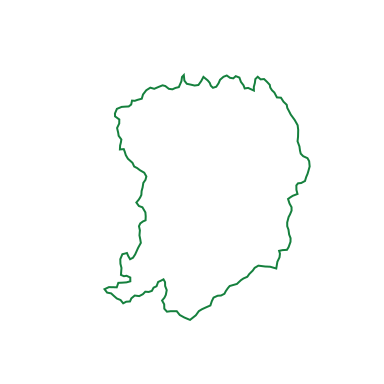 São José do Rio Pardo, São Paulo, Brazil (Mercator projection), rotated 324°
{"feature_id": "56859067B94240559052727", "entity_name": "São José do Rio Pardo", "entity_type": "district", "adm_level": 2, "iso_a3": "BRA", "parent_name": "Brazil", "parent_adm1": "São Paulo", "projection": "mercator", "projection_center": [-46.893, -21.597], "detail": "fine", "context": "isolated", "style": "outline", "palette": "green", "viewbox_px": 384, "rotation_deg": 324, "n_neighbors": 0, "source": "geoboundaries", "source_scale": "gbopen_adm2", "svg_char_len": 2914}
<svg xmlns="http://www.w3.org/2000/svg" viewBox="0 0 384 384"><g transform="rotate(324 192 192)"><path d="M316.7,143.0L313.7,141.2L312.9,137.4L309.6,137.9L307.0,140.7L303.8,143.3L301.7,146.3L300.1,143.5L298.6,140.8L295.5,139.2L296.4,135.9L296.3,131.7L297.6,127.3L295.5,124.0L292.2,124.3L289.9,122.0L288.6,118.2L285.2,117.3L280.7,117.7L277.3,119.7L273.5,121.1L270.2,120.0L269.7,117.1L270.5,114.1L270.3,111.0L268.9,105.6L264.6,107.7L260.1,109.2L256.7,107.4L254.1,104.4L251.4,101.4L251.3,97.4L254.1,92.6L251.5,93.1L248.5,96.2L243.0,99.4L239.8,98.1L236.5,97.4L233.9,94.9L232.7,90.6L230.9,88.4L226.9,87.4L222.1,86.3L219.6,83.1L214.8,82.8L209.7,84.3L206.2,87.0L202.0,85.4L199.3,84.6L197.2,82.8L194.2,85.5L191.1,85.6L187.7,83.4L185.1,81.8L180.1,80.6L175.8,83.2L174.2,85.6L175.8,90.6L173.4,93.8L169.0,96.2L167.1,100.7L165.7,103.4L165.7,108.0L163.5,110.2L161.2,112.1L158.7,115.2L162.0,117.2L161.2,120.1L160.1,123.3L159.7,127.4L161.0,133.4L160.2,137.4L161.7,140.4L162.7,143.8L164.7,148.3L164.2,152.6L161.5,154.8L158.0,156.0L154.7,159.3L151.8,161.6L149.3,164.6L146.9,165.9L144.4,166.9L140.8,167.8L140.8,172.1L142.9,175.2L142.3,181.1L140.3,184.4L137.8,187.6L135.1,187.0L131.7,187.0L129.0,188.5L127.3,192.4L124.0,196.2L122.3,199.9L120.7,203.1L115.6,205.5L109.3,209.1L105.6,210.5L102.4,210.0L102.8,206.2L103.5,203.1L99.1,201.4L94.5,204.2L91.9,208.0L90.3,212.0L88.0,214.7L85.8,217.3L87.4,220.1L89.8,221.3L91.8,224.9L89.6,228.0L85.9,226.6L82.2,224.3L79.0,222.2L75.1,224.9L71.9,222.4L68.8,220.1L64.1,219.2L64.2,223.5L67.0,226.5L67.7,230.0L68.6,234.0L70.7,237.4L70.9,241.6L74.3,242.1L77.5,244.1L80.4,242.4L84.8,242.1L88.1,245.2L92.2,245.8L95.6,245.2L98.2,247.4L101.4,248.4L104.7,246.8L107.9,247.4L111.7,244.9L114.9,245.5L117.6,245.9L117.2,249.1L115.0,252.3L113.9,256.5L110.4,259.8L107.6,261.3L104.0,262.2L103.5,266.5L101.0,270.1L101.4,274.1L104.7,275.9L109.6,279.5L109.8,284.3L112.0,289.0L115.2,294.3L122.6,294.0L127.5,292.4L131.2,292.7L135.7,293.6L140.2,294.6L143.8,292.0L147.4,290.1L151.8,291.0L154.6,292.8L158.4,293.4L161.0,292.1L164.4,290.9L167.2,290.2L170.8,291.5L174.3,292.8L177.2,292.4L180.0,292.1L182.8,292.2L186.9,293.1L190.2,292.0L194.9,291.3L198.1,290.2L202.4,290.6L207.3,295.2L211.3,298.4L215.2,303.4L220.1,298.6L224.4,296.3L226.9,293.6L227.9,290.8L231.2,292.3L234.8,294.6L237.7,293.4L242.4,290.2L244.6,287.3L245.6,283.5L247.9,279.2L248.9,275.7L251.1,272.6L255.5,269.0L258.0,267.8L261.6,265.6L263.6,262.8L264.1,258.7L265.6,254.1L268.3,254.1L271.3,254.3L276.2,255.6L277.7,251.7L280.3,248.0L282.9,247.3L285.6,248.9L289.9,249.5L293.2,247.0L296.2,245.2L298.4,243.5L302.2,240.5L304.9,235.9L305.3,232.5L303.0,228.4L302.5,224.9L303.7,222.0L305.7,218.3L307.2,213.0L310.2,209.7L314.4,204.2L316.7,200.1L317.4,194.2L317.4,187.4L318.1,183.0L318.5,180.0L319.9,177.1L319.1,172.7L319.4,168.0L316.3,165.4L317.1,159.9L316.5,156.7L316.7,153.5L317.9,151.0L317.4,146.9L316.7,143.0Z" fill="none" stroke="#15803d" stroke-width="2"/></g></svg>